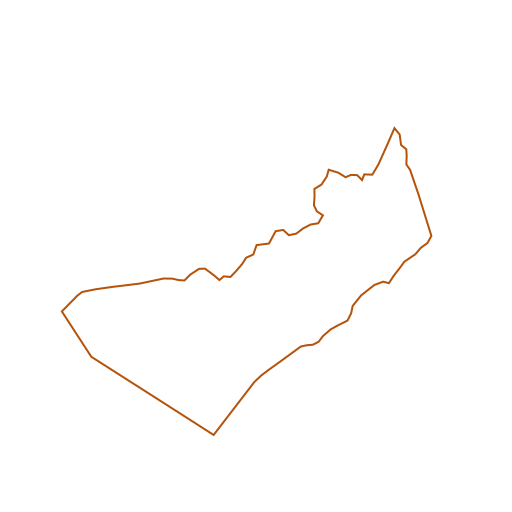 Tracunhaém, Pernambuco, Brazil (Natural Earth projection), rotated 28°
{"feature_id": "56859067B39604010475320", "entity_name": "Tracunhaém", "entity_type": "district", "adm_level": 2, "iso_a3": "BRA", "parent_name": "Brazil", "parent_adm1": "Pernambuco", "projection": "natural_earth1", "projection_center": [-35.157, -7.742], "detail": "fine", "context": "isolated", "style": "outline", "palette": "amber", "viewbox_px": 512, "rotation_deg": 28, "n_neighbors": 0, "source": "geoboundaries", "source_scale": "gbopen_adm2", "svg_char_len": 1263}
<svg xmlns="http://www.w3.org/2000/svg" viewBox="0 0 512 512"><g transform="rotate(28 256 256)"><path d="M283.4,184.1L288.8,188.0L296.0,188.7L295.6,197.9L289.5,202.5L284.6,209.6L281.1,217.3L275.2,222.2L267.8,220.2L261.7,224.9L261.6,238.9L251.4,246.1L252.9,255.9L248.1,262.2L247.5,269.7L245.6,278.3L243.3,286.5L237.1,289.1L235.0,294.4L228.0,292.8L216.9,291.1L211.7,294.1L206.7,303.3L204.3,311.2L199.2,313.5L192.4,315.4L184.8,319.4L175.4,327.3L166.3,334.9L159.5,339.7L144.0,350.5L130.5,360.3L123.6,365.9L119.3,369.5L116.8,375.1L112.6,389.3L110.6,396.1L125.6,404.4L145.1,415.2L157.9,422.3L238.4,428.7L302.6,433.9L313.7,368.0L316.8,358.8L320.5,350.8L324.7,342.4L329.2,333.2L338.0,315.0L342.4,311.2L347.9,307.6L351.6,302.2L352.7,295.3L356.3,285.9L360.6,279.2L367.1,270.1L366.9,261.9L364.8,254.7L367.3,241.5L370.7,233.7L374.2,225.9L380.3,219.0L386.1,217.6L386.9,208.5L388.3,200.8L389.7,191.3L395.9,179.6L397.6,171.6L401.3,164.1L401.4,155.9L370.2,125.0L351.6,107.6L345.8,104.6L342.0,96.8L338.6,91.2L332.0,89.9L325.8,81.3L318.2,78.1L319.5,93.8L321.1,117.8L320.5,129.6L313.3,133.1L314.0,139.2L307.4,137.1L301.8,139.8L298.1,144.4L289.7,143.8L279.7,145.7L281.2,152.6L280.3,162.1L276.1,169.3L280.0,176.5L283.4,184.1Z" fill="none" stroke="#b45309" stroke-width="2"/></g></svg>